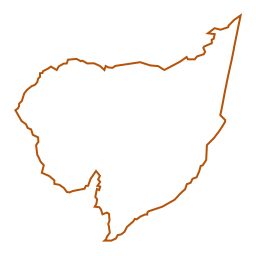 Aguas Buenas, Puerto Rico (Natural Earth projection)
{"feature_id": "32010507B96467798502033", "entity_name": "Aguas Buenas", "entity_type": "district", "adm_level": 2, "iso_a3": "PRI", "parent_name": "Puerto Rico", "parent_adm1": "", "projection": "natural_earth1", "projection_center": [-66.131, 18.251], "detail": "fine", "context": "isolated", "style": "outline", "palette": "amber", "viewbox_px": 256, "rotation_deg": 0, "n_neighbors": 0, "source": "geoboundaries", "source_scale": "gbopen_adm2", "svg_char_len": 1850}
<svg xmlns="http://www.w3.org/2000/svg" viewBox="0 0 256 256"><path d="M240.6,15.4L234.3,19.8L228.5,25.7L228.2,27.2L220.5,29.7L214.6,28.2L207.9,33.3L214.7,34.1L213.7,38.8L211.7,39.7L211.8,43.2L204.2,46.5L203.3,47.9L205.1,51.7L203.8,54.2L197.1,56.4L194.7,59.3L187.9,59.3L186.6,57.0L181.5,60.7L179.8,61.8L164.5,69.9L163.8,69.7L158.1,66.1L150.2,65.4L140.2,62.2L115.4,65.9L112.5,67.8L108.6,67.5L105.7,66.0L104.4,70.0L100.0,66.0L94.1,63.3L87.2,63.4L82.4,60.7L80.8,61.2L76.5,58.9L68.0,59.7L66.7,63.5L63.6,63.6L58.8,66.4L56.7,70.0L50.9,66.6L47.9,68.7L43.1,71.1L42.4,73.0L40.0,73.2L40.0,76.8L38.2,78.5L37.3,82.0L35.0,84.8L31.6,86.2L26.9,90.0L24.2,93.5L21.9,100.9L19.2,103.5L19.0,106.2L18.1,108.2L15.4,110.2L21.5,121.0L26.0,124.2L27.7,128.0L31.1,129.4L32.8,134.8L38.1,137.4L38.4,142.0L37.5,143.0L36.1,145.2L37.3,154.9L38.4,156.8L40.7,161.9L43.8,165.2L41.8,172.8L49.2,176.0L54.3,180.3L54.4,183.9L59.4,184.8L63.8,187.9L66.9,192.0L69.4,192.4L72.9,191.0L84.6,188.7L85.8,185.9L88.1,185.8L90.6,178.8L96.0,171.0L99.9,175.8L98.1,179.5L100.1,181.8L98.6,184.3L97.4,185.9L100.2,186.6L99.2,190.0L96.9,189.0L95.3,197.0L97.1,199.2L96.4,203.9L94.7,206.7L99.3,207.2L101.0,209.6L102.5,214.3L107.0,212.6L109.0,213.9L109.5,220.7L108.2,224.1L108.8,225.8L109.8,232.7L106.9,236.8L106.1,239.3L104.6,240.6L111.3,240.6L115.9,238.5L117.7,235.1L121.1,234.4L124.5,231.8L126.9,227.0L133.2,221.5L134.8,218.9L136.8,219.3L140.5,216.5L145.0,214.5L147.2,214.5L147.4,212.5L148.5,211.3L162.3,206.7L174.5,199.8L178.0,196.2L179.5,194.4L182.7,191.3L185.1,189.3L186.8,184.2L190.7,182.7L192.5,178.8L196.6,177.3L199.2,171.4L200.7,165.9L202.7,165.3L206.2,160.0L206.9,145.1L214.0,138.0L217.2,133.7L217.3,133.6L217.9,133.0L220.3,129.5L225.0,122.0L225.2,120.0L220.3,115.2L222.2,106.1L224.9,91.6L228.3,75.0L231.8,59.2L233.9,48.8L234.0,47.7L240.6,15.4Z" fill="none" stroke="#b45309" stroke-width="2"/></svg>